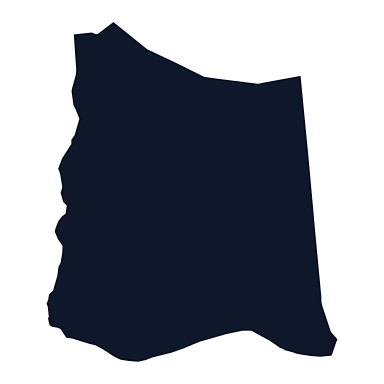 Reifi Wad Elhilaiw, Gedarif, Sudan
{"feature_id": "16777658B67194501280165", "entity_name": "Reifi Wad Elhilaiw", "entity_type": "district", "adm_level": 2, "iso_a3": "SDN", "parent_name": "Sudan", "parent_adm1": "Gedarif", "projection": "mercator", "projection_center": [36.021, 14.605], "detail": "fine", "context": "isolated", "style": "filled", "palette": "ink", "viewbox_px": 384, "rotation_deg": 0, "n_neighbors": 0, "source": "geoboundaries", "source_scale": "gbopen_adm2", "svg_char_len": 1732}
<svg xmlns="http://www.w3.org/2000/svg" viewBox="0 0 384 384"><path d="M331.1,354.8L334.7,344.3L335.8,341.1L336.6,339.7L335.2,337.9L330.3,332.4L322.3,308.4L321.8,306.9L321.4,305.3L320.8,302.6L320.6,301.1L320.6,297.0L313.9,226.4L312.3,207.9L307.9,159.4L299.9,76.8L263.2,83.5L258.3,84.6L218.3,79.6L204.0,77.6L175.5,63.5L146.7,49.9L113.4,23.0L97.9,34.8L95.4,34.8L91.6,33.3L74.6,35.1L77.0,70.0L76.6,74.8L73.7,85.4L73.0,87.9L72.9,88.1L72.9,88.3L72.3,91.2L72.3,91.3L74.2,105.1L75.8,108.1L76.1,108.6L80.1,118.5L80.2,118.9L80.1,119.0L75.3,135.4L75.1,135.8L72.1,140.1L72.1,144.3L62.7,158.8L62.6,159.1L59.1,168.4L59.0,168.6L60.8,173.7L60.9,174.2L61.0,174.4L63.0,186.7L63.0,187.4L63.0,187.6L61.5,192.5L61.4,192.6L61.4,192.8L63.8,201.3L63.9,201.6L67.4,205.1L67.6,205.3L66.3,214.0L62.7,216.8L62.5,217.0L62.4,217.1L59.1,221.4L58.9,221.7L56.2,228.6L56.2,228.8L55.6,231.6L55.6,231.8L58.8,239.2L61.4,243.0L63.3,245.6L63.3,245.8L63.0,252.9L61.4,262.7L61.3,262.9L59.1,267.4L58.6,272.0L58.0,276.1L58.0,276.4L57.9,276.5L53.7,291.0L49.7,294.9L49.7,295.1L48.9,300.0L47.5,303.5L47.4,303.6L48.3,306.0L48.5,306.3L48.5,306.6L49.6,316.9L49.6,317.1L48.9,318.3L48.8,318.5L50.1,324.5L52.2,326.0L57.4,326.9L61.0,328.3L61.1,328.5L66.6,336.8L66.8,337.1L72.2,337.7L88.5,342.8L96.0,344.7L102.9,348.4L113.5,355.3L114.6,356.0L120.6,358.9L126.5,359.9L132.0,360.5L137.9,361.0L145.2,359.4L152.2,356.7L171.4,351.9L182.8,347.9L198.9,341.2L199.1,341.1L225.5,333.5L242.0,330.0L248.7,329.9L249.6,329.9L251.1,330.0L251.7,330.0L258.0,333.5L270.0,340.0L276.9,344.7L279.8,346.9L282.8,348.0L283.1,348.1L285.5,349.6L292.0,351.3L292.5,351.4L295.9,352.7L296.1,352.8L301.1,353.8L310.7,355.2L320.3,356.0L330.9,354.9L331.1,354.8Z" fill="#0f172a" stroke="#020617" stroke-width="1.5"/></svg>